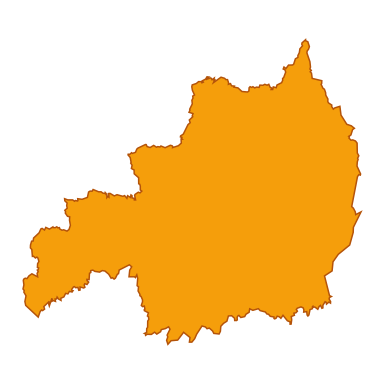 outline of Cuautitlán de García Barragán, Jalisco, Mexico
{"feature_id": "50627088B76976596426354", "entity_name": "Cuautitlán de García Barragán", "entity_type": "district", "adm_level": 2, "iso_a3": "MEX", "parent_name": "Mexico", "parent_adm1": "Jalisco", "projection": "equal_earth", "projection_center": [-104.358, 19.461], "detail": "fine", "context": "isolated", "style": "filled", "palette": "amber", "viewbox_px": 384, "rotation_deg": 0, "n_neighbors": 0, "source": "geoboundaries", "source_scale": "gbopen_adm2", "svg_char_len": 5906}
<svg xmlns="http://www.w3.org/2000/svg" viewBox="0 0 384 384"><path d="M270.2,316.3L274.0,317.0L274.0,318.5L274.7,318.9L276.0,318.3L277.2,316.2L279.3,316.8L280.9,318.3L283.0,315.3L287.4,320.8L290.0,321.8L290.1,324.2L291.1,324.1L291.7,319.8L291.3,316.5L294.4,315.3L293.9,313.2L295.9,312.8L297.4,311.2L296.3,309.4L297.3,308.2L301.0,306.9L303.2,307.9L303.9,310.0L303.7,312.1L306.7,311.6L307.1,315.0L307.9,316.0L308.9,315.0L310.0,309.6L312.4,308.7L312.4,306.8L313.0,306.2L313.5,307.2L314.8,307.0L317.8,309.3L319.1,306.5L320.5,305.4L321.9,308.3L322.9,307.9L322.9,305.3L325.1,301.7L326.1,302.2L326.5,304.1L328.9,302.1L330.5,303.1L330.6,301.6L329.1,299.0L329.5,297.5L331.4,296.5L329.5,295.6L324.5,275.9L332.1,270.9L333.0,261.8L338.3,254.3L349.7,245.0L353.2,232.4L353.4,227.3L361.0,211.9L355.7,214.6L355.3,211.9L353.4,208.2L351.7,206.6L357.5,176.6L358.8,174.7L360.3,175.1L360.6,174.0L357.0,166.1L357.3,161.8L358.1,159.4L357.6,158.2L358.8,155.8L357.3,153.0L357.1,143.1L355.5,141.0L352.8,139.9L351.0,140.2L349.0,138.1L349.4,136.7L348.8,136.3L350.9,135.0L352.6,129.6L354.4,128.3L351.3,125.8L346.8,124.3L341.0,115.1L339.9,106.3L334.8,107.9L333.3,109.1L331.6,106.4L331.8,105.1L328.5,102.9L327.8,101.5L327.9,99.0L325.8,95.2L325.6,92.6L324.4,89.2L323.0,88.3L321.1,84.3L321.7,83.4L321.8,80.7L312.2,78.4L311.5,73.1L310.2,71.8L311.3,70.4L309.9,69.0L310.5,67.1L309.9,61.7L306.9,52.9L307.2,50.9L308.5,49.3L309.4,46.6L307.8,41.7L305.7,40.8L305.6,39.7L302.0,42.9L301.8,44.3L302.5,45.8L299.9,48.8L299.3,52.7L297.9,55.5L297.9,57.4L295.4,58.8L293.7,64.1L292.6,65.0L288.5,65.1L286.0,68.5L284.0,67.0L283.2,69.0L285.0,69.9L285.7,72.1L283.7,77.5L282.6,78.5L282.7,80.3L281.6,82.7L277.0,85.0L276.2,87.7L273.3,86.9L272.7,89.5L271.2,89.5L272.0,88.2L270.1,87.2L268.8,84.3L267.1,85.2L264.8,84.3L263.0,85.3L259.9,85.1L259.1,87.4L256.5,87.1L254.7,87.9L252.9,86.7L251.7,87.4L250.1,86.7L249.1,87.8L248.9,91.0L247.6,92.0L241.9,91.5L238.0,87.9L233.9,87.1L234.4,86.1L231.5,85.8L230.5,83.6L228.4,84.3L228.6,82.8L227.5,79.6L225.9,79.6L224.6,78.3L221.0,77.2L213.5,82.6L214.8,79.7L213.8,79.8L214.2,78.1L212.0,79.7L211.3,78.3L210.4,77.9L206.9,79.2L207.2,77.8L208.5,77.0L207.0,76.8L205.6,79.1L202.3,80.8L203.3,82.2L201.9,82.8L201.4,81.6L198.6,81.6L196.3,83.5L192.2,84.9L191.8,86.8L192.4,90.3L194.5,95.0L192.7,96.1L193.0,98.1L191.9,100.2L192.3,103.9L189.7,109.2L190.0,110.1L189.0,112.3L193.0,113.6L192.2,116.0L192.7,116.8L189.3,120.0L190.2,122.7L188.0,124.6L183.3,134.1L180.6,135.9L180.4,136.9L181.9,137.4L181.4,138.4L182.2,139.2L181.1,139.2L181.3,143.1L178.4,145.7L172.6,147.6L172.8,146.6L172.0,145.7L170.3,145.3L165.1,147.7L160.9,146.0L159.9,147.0L157.8,146.6L156.5,147.2L153.7,145.4L150.1,147.5L147.1,146.6L146.2,144.6L145.5,144.5L137.9,148.1L136.8,149.1L135.5,152.3L132.4,153.4L131.6,152.7L129.8,154.3L128.2,154.2L128.0,154.9L130.2,157.5L131.1,162.4L130.7,163.1L132.1,165.3L131.4,168.5L134.1,170.0L134.2,173.8L138.6,177.7L138.7,183.8L139.7,184.2L140.3,186.0L140.3,190.0L141.8,191.1L140.0,192.9L138.3,192.2L135.2,194.3L134.6,195.2L135.6,199.9L134.3,199.9L134.1,198.3L132.1,198.0L132.0,195.6L131.0,194.9L130.4,197.4L127.6,195.7L126.9,198.3L124.6,195.6L122.9,196.3L117.0,194.7L114.3,195.9L110.1,193.4L108.7,193.5L108.9,197.2L107.8,196.4L106.9,197.5L106.9,194.2L106.1,194.4L106.0,192.8L105.8,193.4L105.2,192.6L105.0,193.5L102.8,193.1L101.1,191.8L98.7,191.8L93.1,189.5L92.1,191.2L90.1,191.1L88.6,192.0L87.4,197.4L82.1,199.3L77.7,198.7L77.9,200.7L77.4,201.0L75.4,200.5L74.5,201.2L72.7,199.9L67.8,199.9L64.6,198.7L64.8,200.8L67.1,203.0L66.7,205.6L67.2,208.2L64.8,210.3L65.6,211.7L65.3,213.1L67.5,216.3L69.7,216.8L69.5,220.2L70.4,225.3L69.0,229.5L67.0,231.1L63.7,229.8L62.0,230.2L59.7,228.9L59.4,227.6L57.8,227.8L56.8,226.8L55.2,227.7L53.1,227.6L52.9,226.9L49.4,229.1L45.8,227.4L44.5,230.0L42.1,228.4L40.9,228.9L39.1,232.8L33.6,238.0L33.1,241.0L31.6,241.2L30.5,245.0L30.4,247.9L31.8,249.5L32.4,256.4L33.4,256.2L35.4,258.0L36.9,257.1L37.9,258.0L38.9,261.5L37.6,263.7L37.4,267.4L38.6,267.9L38.2,269.7L37.3,270.1L38.2,271.7L37.1,273.3L37.6,276.8L31.9,273.8L29.0,275.8L27.0,278.6L25.2,278.2L23.7,279.2L23.3,280.5L23.9,284.9L23.0,289.0L24.2,290.5L23.9,292.2L26.0,295.8L24.9,301.5L25.7,305.4L38.2,317.1L40.1,311.7L41.5,310.0L42.6,310.6L44.6,309.1L43.8,306.6L48.9,301.7L49.6,302.3L48.7,303.9L49.3,306.0L51.7,298.9L52.3,299.1L52.1,301.2L53.2,300.6L55.5,301.4L55.1,299.0L56.5,299.0L57.1,297.1L58.5,299.0L61.0,300.4L60.8,298.3L63.9,296.9L65.6,293.4L67.9,293.9L69.4,291.4L72.1,292.0L73.0,290.7L71.9,290.5L71.7,289.4L73.5,286.9L74.4,286.6L75.6,287.7L77.9,287.4L78.8,290.3L80.0,290.1L80.1,287.0L83.7,288.0L84.9,287.3L84.2,284.9L84.8,283.7L87.0,284.5L88.7,282.1L87.0,280.6L86.9,279.4L89.1,279.6L89.5,273.3L90.8,272.5L90.7,270.6L92.8,270.1L94.9,271.4L99.6,272.1L102.2,270.6L104.9,271.0L108.7,274.2L111.1,278.2L112.4,277.7L114.1,279.1L115.4,278.2L117.4,274.2L118.5,273.7L119.2,270.0L129.4,264.8L131.7,266.8L129.7,270.2L129.0,276.8L134.6,276.8L135.4,277.6L136.8,274.9L137.7,278.3L137.1,285.7L138.5,286.8L138.1,291.0L139.9,294.3L139.9,295.7L141.1,296.5L142.5,299.8L142.5,301.9L141.3,305.4L142.5,306.6L144.3,306.1L144.9,309.1L144.2,309.8L144.4,310.7L148.4,312.8L147.4,316.0L148.4,316.7L148.8,319.3L147.7,321.1L147.6,327.3L146.7,328.6L146.6,332.5L144.5,333.4L145.4,333.8L145.6,335.3L147.1,334.3L151.4,334.4L154.6,332.2L156.8,334.1L160.6,331.7L161.3,329.6L165.4,328.6L168.6,326.8L170.0,329.2L167.1,335.1L167.8,336.9L166.6,340.3L167.9,344.3L171.1,340.7L177.7,340.1L183.6,332.3L190.0,337.5L189.4,342.1L191.9,342.1L194.7,338.7L196.7,334.1L202.0,326.0L205.5,327.0L207.0,328.7L209.3,328.1L212.6,331.0L213.8,333.4L219.1,334.0L220.4,331.3L220.8,326.3L223.6,323.3L226.9,321.2L228.4,316.0L231.6,315.7L234.5,318.2L234.7,320.5L236.6,320.5L237.3,319.9L237.1,317.4L237.9,315.9L238.9,315.4L240.8,317.5L244.7,316.6L246.0,314.2L249.1,312.3L249.7,308.8L252.8,310.3L258.4,308.7L260.1,310.6L265.4,312.0L266.8,313.9L268.6,314.3L270.2,316.3Z" fill="#f59e0b" stroke="#b45309" stroke-width="1.5"/></svg>